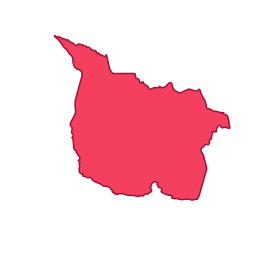 an SVG outline of Ouham, rotated 287°
{"feature_id": "CAF-810", "entity_name": "Ouham", "entity_type": "Prefecture", "adm_level": 1, "iso_a3": "CAF", "parent_name": "Central African Republic", "parent_adm1": "", "projection": "robinson", "projection_center": [17.885, 7.097], "detail": "fine", "context": "isolated", "style": "filled", "palette": "rose", "viewbox_px": 256, "rotation_deg": 287, "n_neighbors": 0, "source": "natural_earth", "source_scale": "10m", "svg_char_len": 5782}
<svg xmlns="http://www.w3.org/2000/svg" viewBox="0 0 256 256"><g transform="rotate(287 128 128)"><path d="M138.8,69.5L163.3,68.8L167.8,67.7L169.4,65.0L169.4,62.0L170.5,59.5L172.4,57.6L174.8,56.2L178.1,55.0L179.1,54.4L180.3,53.2L182.6,49.2L184.4,47.2L185.2,46.1L185.7,44.6L186.3,43.3L191.8,36.1L194.1,31.1L194.7,30.7L194.9,31.0L194.3,32.8L194.3,33.8L194.9,34.6L194.9,37.2L194.5,38.3L194.0,39.0L194.5,39.9L194.7,40.4L194.6,40.8L194.1,42.0L194.1,42.5L194.2,42.9L194.7,44.7L194.7,45.0L194.1,45.3L193.8,45.6L193.7,46.0L193.9,47.3L193.8,47.7L193.6,47.9L193.1,48.3L193.0,48.6L193.1,50.0L193.1,50.7L192.9,51.1L192.3,52.0L191.9,53.1L191.7,53.8L191.7,54.3L192.0,54.8L192.7,55.4L193.7,55.8L193.9,56.2L194.1,59.4L194.4,60.4L194.3,60.7L194.1,61.0L193.6,61.7L193.5,62.0L193.6,62.3L194.0,63.7L193.9,64.1L193.8,64.5L193.2,65.1L193.2,65.4L193.6,66.0L193.8,66.5L193.8,66.9L193.2,68.6L193.0,69.0L192.7,69.3L192.4,70.0L192.3,70.6L192.3,71.8L192.0,72.9L192.0,73.3L192.4,74.0L192.4,74.3L192.3,74.6L192.0,75.2L191.6,75.6L190.5,76.1L190.1,76.6L190.1,76.8L190.3,77.0L190.9,77.6L191.0,78.0L191.0,78.4L190.9,78.6L190.8,78.8L190.1,79.2L189.8,79.4L189.6,79.9L189.6,80.2L190.0,81.1L190.2,81.5L190.2,81.9L190.1,82.2L189.5,83.2L189.5,83.6L189.7,85.0L189.8,85.3L190.2,85.7L190.7,85.7L191.4,85.6L191.5,85.8L190.9,86.5L179.2,93.2L176.5,95.9L175.8,98.0L181.8,117.4L181.9,118.7L181.6,119.1L181.2,119.4L178.9,120.4L178.5,120.7L178.1,121.2L178.0,121.7L177.9,123.2L177.9,123.7L177.7,124.1L177.1,124.8L175.1,126.1L174.7,126.7L174.6,127.1L174.7,127.5L176.2,128.2L176.5,128.7L176.4,129.1L176.2,129.4L175.4,129.9L175.0,130.4L174.5,131.4L173.9,134.3L173.7,134.7L173.4,135.1L172.5,135.7L172.0,136.2L171.5,137.1L171.5,137.9L171.8,138.6L173.1,139.8L173.9,140.7L174.4,141.6L175.4,145.1L175.5,145.6L175.7,145.8L176.6,145.8L176.9,145.9L177.1,146.2L176.7,147.1L176.4,148.2L176.5,149.1L176.9,150.0L177.9,151.0L178.9,151.9L180.1,152.7L182.7,153.8L183.1,154.1L183.4,154.7L183.6,155.6L183.6,156.2L183.4,156.8L182.9,157.2L180.0,158.8L179.1,159.6L178.3,160.6L177.8,161.5L176.9,165.0L176.5,165.9L176.4,166.4L176.6,167.1L177.3,168.3L182.4,174.0L183.0,175.0L183.2,175.9L183.0,179.5L183.1,181.1L183.3,182.3L183.6,183.1L184.0,183.6L185.3,184.2L185.7,184.5L185.8,184.9L185.6,185.4L184.9,186.2L183.2,187.0L182.8,187.3L181.7,188.4L179.8,190.1L176.7,193.5L175.8,194.2L174.0,195.3L172.9,196.1L169.9,197.5L169.8,197.8L169.8,198.4L170.0,199.5L170.1,200.5L170.0,201.5L169.4,203.3L169.2,204.5L169.2,205.7L169.7,207.3L169.8,208.4L169.8,211.3L170.4,214.7L169.7,214.4L169.4,214.6L169.3,215.1L169.4,216.6L169.3,217.4L169.1,218.3L168.9,219.0L168.5,219.6L167.9,220.2L163.1,223.0L160.5,224.1L158.5,225.2L158.0,225.3L157.6,225.2L157.2,224.6L157.1,224.0L157.2,221.7L157.1,220.9L156.8,220.2L156.1,218.8L155.8,218.0L155.7,217.5L155.8,217.0L156.1,216.8L157.1,216.1L157.4,215.5L157.4,215.2L157.4,214.8L157.3,214.6L157.1,214.2L156.7,213.9L156.0,213.5L155.0,213.3L153.8,213.0L152.0,213.1L151.2,213.3L150.5,213.6L150.2,213.5L150.0,213.2L149.8,212.8L149.7,211.2L149.5,210.8L149.2,210.5L148.5,210.3L147.4,210.2L143.0,210.6L142.3,210.9L142.0,210.9L141.7,210.8L140.7,210.0L140.1,209.6L139.6,209.5L138.9,209.7L137.7,210.2L137.0,210.3L136.4,210.2L135.7,209.8L135.4,209.5L135.3,209.1L135.3,208.0L135.1,207.3L134.8,206.9L131.9,205.4L130.8,204.5L130.0,204.2L129.0,204.1L127.4,204.6L126.5,205.2L125.9,206.0L125.0,207.2L124.5,207.7L113.7,214.4L111.6,215.3L84.5,215.8L81.4,215.4L80.1,215.0L79.1,212.5L77.9,210.7L77.7,209.6L77.8,206.5L77.3,206.0L77.0,204.9L76.7,203.7L76.4,202.6L75.9,201.9L75.5,201.4L75.4,201.0L75.2,200.3L74.7,196.7L74.8,195.0L74.2,193.8L73.8,191.8L73.8,191.3L73.8,190.8L74.1,190.2L74.4,190.0L75.2,190.2L75.4,190.1L76.2,189.3L76.3,189.0L76.3,188.7L76.0,188.0L75.7,187.1L75.6,185.1L75.8,182.8L75.9,181.9L75.9,180.8L76.2,179.4L76.5,178.8L76.8,178.3L77.1,178.1L77.3,178.1L77.6,178.2L78.2,178.6L78.8,178.2L79.6,178.2L79.8,178.0L80.1,177.2L80.4,176.6L80.4,176.3L80.1,175.3L80.1,174.6L80.3,174.3L80.5,174.1L81.3,174.1L81.5,174.0L81.8,173.1L82.2,172.7L82.7,172.3L83.2,172.2L83.6,172.5L83.9,172.5L84.1,172.4L84.3,172.2L84.5,171.5L84.6,169.5L84.5,169.1L84.3,168.6L84.0,168.4L83.0,168.0L82.8,167.8L82.4,167.4L81.8,166.8L81.3,166.7L80.3,167.3L80.0,167.3L79.7,167.3L78.8,166.9L77.7,167.1L77.2,166.9L76.9,166.8L76.7,166.9L76.5,167.2L76.4,168.1L76.3,168.3L76.1,168.5L75.2,168.5L74.5,168.8L73.9,168.7L73.4,168.4L72.9,168.0L72.2,167.1L71.4,166.9L71.1,166.7L70.7,166.3L70.5,165.9L70.0,164.2L69.7,163.6L69.4,163.1L69.1,163.0L67.8,162.6L67.4,162.2L66.9,159.7L66.7,159.2L66.4,158.9L66.1,158.9L65.8,158.6L65.5,157.8L65.3,156.0L65.2,153.7L64.8,151.4L63.9,149.1L63.7,148.2L63.6,146.5L63.6,142.1L63.6,141.7L63.1,140.9L63.0,140.5L62.8,139.0L62.6,138.6L62.4,138.3L61.7,137.7L61.5,137.4L61.1,135.1L61.1,134.7L61.4,134.4L61.5,134.2L61.9,134.1L62.1,133.9L62.2,133.6L62.1,132.5L62.1,132.1L62.3,131.7L62.6,131.5L63.6,131.3L63.8,131.1L64.4,129.7L64.6,129.4L65.4,128.7L65.6,128.3L66.0,126.9L66.1,125.7L65.9,124.3L65.7,123.6L65.3,122.4L65.3,121.8L65.5,121.0L66.4,118.1L66.5,117.5L66.8,113.0L66.9,112.2L67.0,111.6L67.5,110.5L67.5,109.8L68.0,108.8L69.2,107.9L69.4,107.7L69.6,107.1L69.6,106.1L69.3,105.4L68.7,104.5L68.6,104.1L68.7,103.5L69.1,101.0L68.8,99.5L68.7,99.3L69.9,98.2L70.7,98.3L70.9,98.2L71.0,97.7L70.5,97.1L70.5,96.6L70.9,95.4L71.5,94.6L72.4,94.0L74.5,93.3L76.9,92.9L78.0,93.0L78.4,92.3L78.9,91.9L79.5,91.8L81.2,92.2L81.4,91.9L81.3,91.3L81.6,90.7L82.3,90.0L83.4,90.4L84.1,90.8L84.4,91.2L84.7,91.2L85.5,90.6L86.6,89.4L88.6,86.8L89.6,85.7L90.0,85.6L90.5,85.7L90.8,85.4L91.0,84.3L91.4,83.5L92.1,82.7L93.0,82.0L100.6,79.0L101.7,78.2L102.4,77.2L105.1,78.1L105.7,77.6L106.2,76.2L107.2,75.4L108.3,75.1L110.3,74.9L111.5,74.5L112.5,73.9L113.7,72.1L114.8,71.7L116.0,71.6L117.0,71.7L124.7,73.1L127.0,73.3L129.2,72.8L133.6,70.9L138.8,69.5Z" fill="#f43f5e" stroke="#9f1239" stroke-width="1.5"/></g></svg>